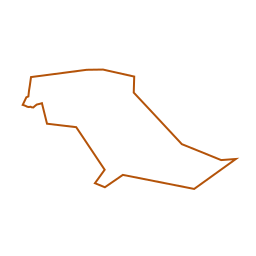 Landri Sales, Piauí, Brazil, rotated 252°
{"feature_id": "56859067B80048635644180", "entity_name": "Landri Sales", "entity_type": "district", "adm_level": 2, "iso_a3": "BRA", "parent_name": "Brazil", "parent_adm1": "Piauí", "projection": "equal_earth", "projection_center": [-43.866, -7.314], "detail": "fine", "context": "isolated", "style": "outline", "palette": "amber", "viewbox_px": 256, "rotation_deg": 252, "n_neighbors": 0, "source": "geoboundaries", "source_scale": "gbopen_adm2", "svg_char_len": 597}
<svg xmlns="http://www.w3.org/2000/svg" viewBox="0 0 256 256"><g transform="rotate(252 128 128)"><path d="M49.6,172.1L65.2,221.0L68.7,206.7L94.0,176.6L96.0,174.2L136.2,155.5L159.9,144.4L175.0,149.8L188.6,126.8L191.3,122.3L196.1,106.8L206.4,51.5L198.4,47.6L194.1,45.4L188.8,43.0L188.6,40.8L182.5,35.0L181.6,36.3L180.6,37.5L179.4,38.7L178.6,40.1L178.3,42.0L177.5,42.7L176.8,44.3L177.5,45.8L178.0,47.1L178.5,48.5L178.3,50.9L178.2,52.6L178.2,53.8L157.1,52.3L144.8,79.0L136.0,81.5L95.5,92.9L92.2,88.4L85.7,79.5L78.8,87.7L85.0,108.6L49.6,172.1Z" fill="none" stroke="#b45309" stroke-width="2"/></g></svg>